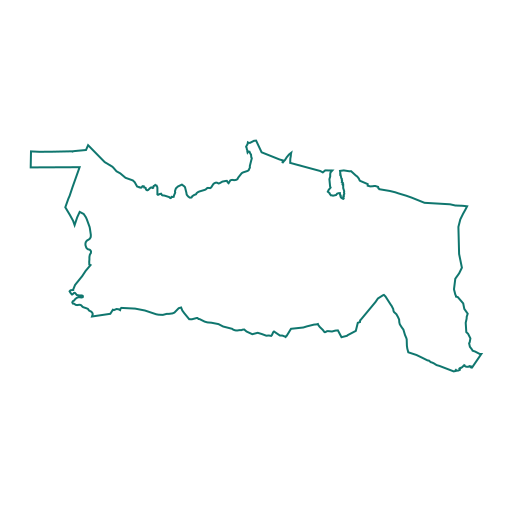 outline of Chamula, Chiapas, Mexico
{"feature_id": "50627088B50895209283285", "entity_name": "Chamula", "entity_type": "district", "adm_level": 2, "iso_a3": "MEX", "parent_name": "Mexico", "parent_adm1": "Chiapas", "projection": "orthographic", "projection_center": [-92.726, 16.817], "detail": "fine", "context": "isolated", "style": "outline", "palette": "teal", "viewbox_px": 512, "rotation_deg": 0, "n_neighbors": 0, "source": "geoboundaries", "source_scale": "gbopen_adm2", "svg_char_len": 5992}
<svg xmlns="http://www.w3.org/2000/svg" viewBox="0 0 512 512"><path d="M282.9,160.4L279.6,159.5L261.6,152.3L256.1,140.6L254.0,140.8L249.9,142.9L248.7,142.9L247.9,142.4L247.5,144.3L246.9,145.2L246.1,146.8L246.6,147.8L246.9,149.5L247.5,150.7L247.3,151.4L247.6,152.6L248.4,151.6L249.5,151.7L250.3,153.6L251.0,154.5L251.3,157.3L251.8,158.2L249.8,166.1L249.9,167.4L249.7,168.0L249.2,168.9L248.8,170.0L247.7,170.9L243.1,172.4L241.7,173.2L238.2,177.6L237.4,179.2L236.3,179.8L234.9,180.1L233.7,180.1L232.7,179.9L231.4,180.0L230.3,180.4L228.6,183.2L227.8,182.5L226.9,180.9L226.0,180.9L222.4,181.6L219.8,183.1L218.7,183.5L216.9,182.7L215.7,182.7L214.4,183.2L213.3,184.1L211.2,187.4L210.2,188.1L207.9,187.9L207.3,188.0L205.9,189.3L205.0,189.8L199.3,191.5L197.7,192.3L196.6,193.2L196.0,194.3L194.3,194.9L192.3,196.2L191.6,197.4L191.1,197.6L189.7,197.6L188.2,196.5L186.8,194.8L186.6,194.2L186.4,192.8L185.0,187.2L184.2,186.3L181.9,184.6L177.9,186.5L175.9,188.4L175.1,190.7L175.0,191.7L175.2,192.6L173.9,195.7L173.7,196.8L172.5,197.0L171.6,196.8L171.0,197.9L170.6,198.1L170.0,197.9L169.2,197.1L165.8,196.0L164.1,195.5L162.6,195.4L162.0,195.1L161.1,193.7L159.2,194.2L158.5,194.7L157.9,194.8L157.4,194.4L157.4,189.1L157.4,187.9L157.2,186.9L156.5,185.5L155.6,185.4L155.2,185.0L154.5,185.7L153.7,186.0L153.4,186.5L153.2,187.8L152.4,188.0L151.9,187.5L151.2,187.4L150.3,187.9L148.1,190.0L147.3,190.3L146.5,190.0L145.9,189.2L145.6,187.9L144.9,187.6L144.2,187.5L143.8,186.3L142.5,186.2L141.6,187.4L141.1,187.7L140.4,187.6L139.7,187.2L139.3,187.4L138.6,187.0L137.1,186.5L134.7,182.2L132.8,180.4L125.5,177.8L120.3,173.4L116.5,171.3L113.2,167.5L112.2,166.6L104.7,162.1L88.1,145.2L86.0,150.0L74.2,151.1L72.9,151.3L72.6,151.6L72.4,151.6L72.0,151.3L52.9,151.7L39.4,151.8L31.0,151.4L30.7,167.4L79.6,167.2L72.5,187.2L69.6,195.9L68.4,198.6L65.3,207.3L69.8,214.8L73.1,220.8L74.6,225.1L77.2,217.3L79.7,211.9L83.7,214.0L85.9,217.3L86.8,219.3L89.6,227.0L89.9,228.5L90.8,234.7L90.8,236.1L90.6,237.4L89.7,238.8L88.5,239.7L87.3,240.3L86.5,241.1L85.7,242.3L85.4,243.9L85.5,245.3L86.3,247.7L87.1,248.6L87.8,249.2L89.6,249.7L90.2,250.1L91.0,251.3L90.9,253.0L90.1,254.2L89.8,254.9L89.4,257.0L89.4,259.6L89.2,261.8L89.3,264.5L90.5,265.1L85.7,270.8L82.2,276.1L75.1,284.9L73.2,289.5L73.2,290.0L70.9,290.2L70.2,290.6L69.6,291.3L70.4,292.7L71.9,294.5L72.2,294.5L73.4,293.6L73.9,293.0L74.7,292.8L75.2,293.1L76.8,295.0L79.5,295.5L81.3,295.4L82.3,295.6L82.7,295.8L82.9,296.8L82.7,297.2L81.5,297.5L79.2,297.2L78.1,297.3L76.9,297.8L75.4,298.9L74.0,300.6L73.0,301.1L72.6,301.6L72.3,302.5L72.9,303.6L74.0,303.7L75.8,304.9L77.1,305.1L79.1,304.8L79.9,304.8L81.2,305.3L81.8,305.9L82.0,306.3L83.0,307.1L86.2,308.2L87.9,308.9L89.0,310.5L91.3,311.7L92.2,312.7L92.6,313.5L92.7,314.3L92.0,316.5L110.3,313.8L112.9,309.7L113.9,310.1L116.6,309.0L118.6,309.3L120.1,310.1L120.4,308.9L121.3,307.9L135.1,308.6L144.9,310.5L156.3,314.3L158.6,314.7L162.8,314.9L166.6,313.9L168.7,313.9L172.5,313.4L174.4,312.6L178.7,308.2L181.1,307.5L182.3,310.5L184.2,313.1L189.2,319.2L191.8,319.3L196.7,318.0L197.5,318.0L198.5,319.0L199.6,319.1L204.6,321.6L207.4,322.4L211.3,322.7L218.5,324.1L223.1,326.5L232.1,328.8L233.3,329.7L235.4,330.4L237.3,330.5L239.6,330.1L241.6,330.1L242.4,329.7L244.2,329.5L246.5,331.5L252.3,334.2L257.7,332.8L261.7,334.0L266.3,335.7L268.8,335.5L271.2,335.9L271.9,335.1L273.2,332.2L274.0,331.5L279.9,335.5L282.5,335.6L285.0,336.6L285.6,337.0L286.4,335.8L286.7,335.8L291.0,328.8L303.3,327.5L306.8,326.4L314.0,324.6L316.5,324.4L317.9,324.0L318.2,324.9L319.8,327.0L322.8,329.9L324.4,332.0L324.8,332.2L325.4,332.1L327.0,331.2L327.9,331.1L332.0,331.5L335.3,330.6L337.9,330.4L341.5,337.2L347.0,335.8L347.6,335.2L355.8,330.9L357.8,322.8L360.0,322.0L360.1,320.4L360.4,320.2L375.5,302.0L377.9,298.5L382.9,295.3L383.9,294.9L385.5,296.5L391.0,305.1L391.4,305.5L393.2,309.0L393.5,310.9L394.0,312.0L396.4,314.2L397.9,316.9L399.1,319.5L399.3,322.3L399.8,324.3L401.7,327.3L403.4,329.6L405.0,335.0L406.3,338.0L406.7,339.4L406.9,345.8L407.3,348.6L408.3,352.3L416.5,355.0L422.1,357.7L427.5,360.4L428.9,360.6L430.8,362.2L431.7,362.4L433.6,363.2L436.6,365.1L439.4,365.9L453.7,371.4L455.6,371.0L455.7,370.1L455.9,369.9L456.6,370.7L458.1,370.6L459.8,369.9L459.9,368.9L459.5,368.5L459.6,368.4L460.3,367.9L460.7,368.1L462.2,367.1L462.3,367.1L463.3,366.0L464.2,365.5L464.3,365.2L464.5,365.3L464.5,365.9L466.1,366.7L467.7,366.8L468.6,366.7L469.4,366.1L470.9,366.4L470.7,367.3L471.5,367.6L472.0,367.6L481.3,354.0L479.8,354.0L475.0,351.5L472.6,350.7L472.1,349.7L469.9,346.8L469.1,343.3L469.7,342.2L470.4,338.4L468.1,333.8L466.3,332.1L465.7,322.8L466.6,318.7L466.7,316.8L467.7,313.7L464.3,308.9L463.2,303.4L457.8,297.1L456.0,296.6L456.0,296.0L455.3,294.5L454.1,289.8L454.0,289.1L455.3,278.7L459.1,273.4L461.9,267.7L459.1,254.0L458.4,226.9L460.3,219.4L463.1,213.7L465.3,209.8L467.1,206.3L462.8,205.8L455.3,205.5L450.1,204.3L424.5,202.8L411.6,197.6L406.2,195.7L398.5,193.4L395.3,192.3L390.0,191.0L379.3,189.2L379.1,188.7L378.4,188.3L378.1,186.9L375.3,186.0L373.9,186.0L373.3,186.2L370.3,186.4L367.7,185.7L367.7,184.1L360.0,180.8L359.7,180.5L358.8,178.5L357.2,176.5L355.8,175.5L351.1,171.2L349.5,171.3L343.8,170.4L340.0,170.9L340.4,173.8L340.2,173.9L340.3,175.0L340.6,175.0L341.3,178.2L341.9,179.0L341.7,179.8L342.1,180.3L341.9,180.8L342.1,181.4L341.8,182.1L342.9,182.9L342.9,183.2L342.5,183.8L342.4,184.2L342.8,185.0L343.2,184.9L343.2,188.0L344.2,191.3L344.0,192.4L344.3,193.8L343.8,194.7L343.9,196.9L343.3,195.6L343.3,196.9L343.7,198.2L343.7,198.5L343.2,198.9L341.4,197.9L340.7,197.0L340.8,196.1L340.4,196.0L340.3,195.7L340.3,194.7L340.0,194.4L339.9,193.1L338.5,193.2L337.1,193.7L336.1,195.0L333.0,195.7L331.7,195.3L330.9,195.3L329.8,193.9L329.6,193.2L327.8,191.7L328.7,189.8L330.6,187.6L330.1,186.5L329.4,179.2L330.2,176.5L330.2,174.1L330.5,172.5L332.3,170.5L325.2,170.4L322.8,172.4L320.2,171.0L290.2,162.9L290.3,158.8L290.8,156.0L290.9,154.2L291.2,152.8L289.0,154.5L286.7,157.3L285.0,160.0L284.0,161.0L282.4,163.0L282.9,160.4Z" fill="none" stroke="#0f766e" stroke-width="2"/></svg>